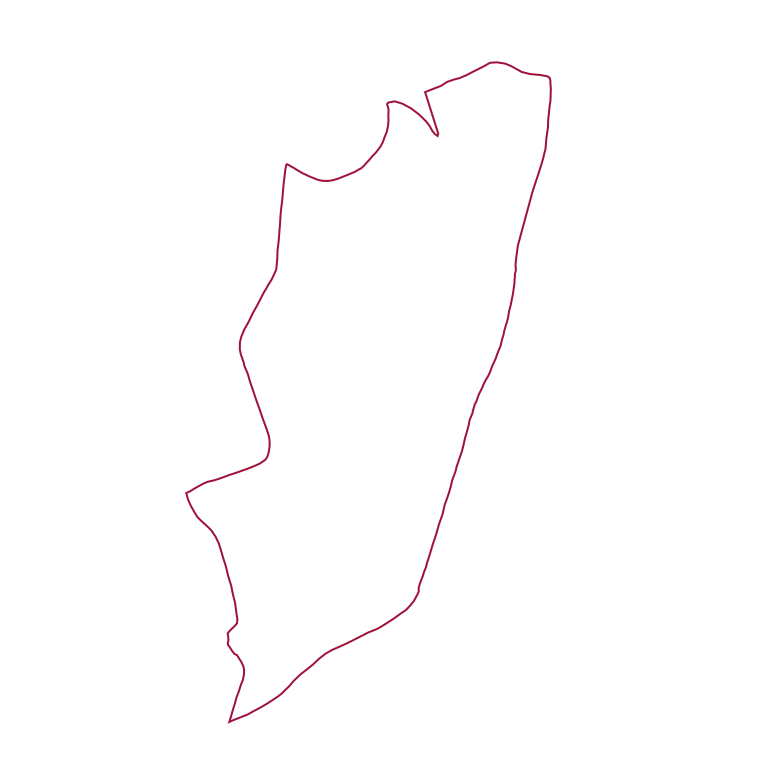 Kien Svay, Kândal, Cambodia, rotated 71°
{"feature_id": "14789045B56719191672618", "entity_name": "Kien Svay", "entity_type": "district", "adm_level": 2, "iso_a3": "KHM", "parent_name": "Cambodia", "parent_adm1": "Kândal", "projection": "albers", "projection_center": [105.145, 11.423], "detail": "fine", "context": "isolated", "style": "outline", "palette": "rose", "viewbox_px": 768, "rotation_deg": 71, "n_neighbors": 0, "source": "geoboundaries", "source_scale": "gbopen_adm2", "svg_char_len": 3945}
<svg xmlns="http://www.w3.org/2000/svg" viewBox="0 0 768 768"><g transform="rotate(71 384 384)"><path d="M653.2,640.3L652.9,637.6L652.5,630.3L652.1,620.5L651.0,614.5L649.9,607.5L648.4,599.7L646.7,592.8L645.1,586.5L643.1,580.8L641.1,576.8L638.9,572.1L635.2,565.8L631.5,557.8L628.4,548.9L626.1,542.5L622.8,535.2L620.0,527.3L618.4,518.5L617.9,511.5L617.1,503.3L616.3,497.3L615.1,488.6L613.8,479.5L613.6,474.7L613.3,469.7L612.2,464.5L610.6,457.5L610.0,455.0L609.1,451.5L606.4,442.7L604.8,436.6L602.0,431.4L598.7,426.1L594.7,421.8L591.5,418.7L588.3,417.7L586.5,416.5L584.4,415.0L580.4,411.8L578.2,409.8L574.6,407.2L570.7,403.8L567.3,401.7L564.4,399.4L560.6,396.6L555.7,393.1L550.1,389.0L542.7,383.3L534.7,377.8L526.0,370.9L517.9,365.9L511.8,360.9L507.2,357.4L502.5,354.2L496.6,350.4L493.6,347.8L491.5,346.2L490.5,345.3L489.1,344.3L485.5,342.0L482.2,339.4L478.3,336.4L473.1,332.3L467.9,328.9L461.7,325.1L456.5,321.4L450.1,317.1L445.8,314.7L440.8,310.2L436.3,307.3L435.1,306.4L432.8,304.8L430.8,302.6L429.6,301.6L426.5,299.2L423.8,296.8L421.7,294.6L419.5,292.4L415.9,289.2L413.1,286.2L410.2,282.7L407.2,279.8L402.6,276.1L399.5,273.2L396.2,270.0L392.7,267.3L389.4,264.5L387.5,262.8L386.2,261.6L383.7,260.0L380.2,257.8L376.7,255.2L373.1,253.1L368.2,249.7L365.2,247.4L361.5,245.0L355.3,241.7L350.8,238.6L345.3,235.4L340.7,232.7L331.7,228.1L327.3,226.3L325.4,225.4L323.6,224.8L322.5,224.3L320.3,222.8L318.9,222.1L314.2,220.9L308.4,218.2L303.1,215.6L296.8,212.4L292.5,209.5L255.0,184.0L252.1,182.1L240.9,173.7L236.8,170.5L232.1,167.0L227.5,163.6L223.4,160.7L220.3,158.7L217.1,156.6L214.6,154.9L209.6,152.7L205.0,150.7L199.3,147.8L195.1,145.6L190.0,143.6L187.1,142.5L184.0,141.0L175.1,136.9L171.2,134.8L168.6,133.7L160.1,130.5L158.4,129.9L155.1,129.1L151.2,127.9L148.3,127.7L145.9,129.9L142.6,135.8L138.5,145.0L133.8,152.2L124.9,160.2L120.6,165.0L116.6,172.5L114.8,179.2L116.2,186.7L117.5,196.5L118.2,201.3L118.9,205.9L119.0,209.1L119.4,212.7L119.2,215.0L118.9,219.1L118.9,226.1L120.7,233.1L120.9,240.0L121.4,250.1L165.0,251.2L166.9,252.6L164.2,254.5L160.5,255.9L154.4,257.0L149.4,258.7L140.8,263.0L132.3,268.6L125.1,275.2L120.3,281.7L119.3,288.3L120.3,290.0L122.9,290.1L126.0,290.3L131.0,292.3L136.1,293.9L140.4,295.7L146.3,299.1L150.5,302.8L155.4,306.8L158.5,310.2L162.7,316.6L164.7,320.7L167.2,324.8L169.7,329.4L171.4,332.5L172.7,335.6L173.0,338.4L173.9,342.3L174.2,346.4L174.5,352.4L174.9,359.9L174.7,366.0L173.8,370.8L171.9,376.0L169.3,380.2L165.5,384.6L163.5,386.9L162.2,388.3L160.5,389.9L158.3,392.3L154.0,396.0L150.6,398.7L147.9,401.2L146.0,402.7L144.5,404.4L145.9,405.7L149.8,407.8L155.8,410.7L162.2,413.8L168.9,416.8L172.9,418.5L178.4,421.0L183.8,423.7L190.5,426.8L198.1,429.9L206.3,433.5L213.6,436.6L223.5,441.4L230.7,444.1L240.7,448.6L244.2,451.9L248.6,456.2L253.3,462.0L255.4,464.2L258.4,467.9L263.4,473.1L269.1,479.1L274.3,485.0L281.3,491.9L286.8,498.2L292.9,503.6L297.4,506.5L304.1,509.0L309.8,509.8L312.8,509.6L315.3,509.7L317.4,509.6L321.6,510.1L325.9,509.8L330.3,509.5L337.5,509.9L343.7,509.9L353.0,510.0L359.3,510.0L367.1,509.9L375.8,509.9L386.3,509.7L390.9,509.7L395.6,509.8L399.3,510.4L402.5,511.3L406.2,512.7L410.9,515.1L415.0,518.2L417.0,520.9L418.8,527.2L419.2,531.5L419.4,534.3L419.7,540.9L419.8,551.0L419.7,560.4L419.9,569.9L419.8,575.8L419.1,582.0L419.2,586.2L420.3,592.7L421.1,597.1L422.2,601.7L422.8,606.5L426.1,606.7L430.0,606.9L436.1,606.3L443.1,605.1L448.8,603.8L453.5,601.6L458.9,598.6L465.9,595.0L473.3,593.0L480.9,592.1L490.3,592.4L496.0,592.7L505.2,592.9L514.4,593.8L525.2,594.2L534.2,595.4L542.1,596.0L551.9,598.0L558.5,599.2L562.3,600.8L564.1,603.7L566.1,608.1L567.5,610.8L568.8,613.0L572.3,613.6L575.9,614.6L577.8,615.9L579.6,616.5L583.0,615.4L585.4,614.9L587.4,614.4L588.5,613.9L590.2,613.5L592.6,611.2L596.2,610.4L600.4,609.4L604.8,608.9L608.6,609.3L613.2,611.0L618.2,614.0L621.5,617.0L627.6,621.5L632.7,625.8L637.7,629.1L642.5,632.7L647.7,636.3L653.2,640.3Z" fill="none" stroke="#9f1239" stroke-width="2"/></g></svg>